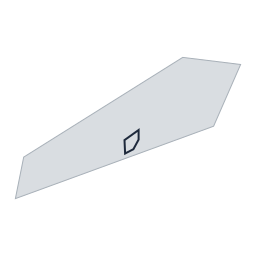 where George Hill sits in Anguilla
{"feature_id": "AIA-5116", "entity_name": "George Hill", "entity_type": "District", "adm_level": 1, "iso_a3": "AIA", "parent_name": "Anguilla", "parent_adm1": "", "projection": "robinson", "projection_center": [-63.068, 18.211], "detail": "fine", "context": "in_parent", "style": "outline", "palette": "slate", "viewbox_px": 256, "rotation_deg": 0, "n_neighbors": 0, "source": "natural_earth", "source_scale": "10m", "svg_char_len": 329}
<svg xmlns="http://www.w3.org/2000/svg" viewBox="0 0 256 256"><path d="M213.6,126.2L15.4,198.6L23.7,157.1L182.7,57.4L240.6,64.5L213.6,126.2Z" fill="#d9dde1" stroke="#a8b0b8" stroke-width="1"/><path d="M124.5,140.1L138.6,130.0L138.6,139.6L133.4,149.2L125.1,153.5L124.5,140.1Z" fill="none" stroke="#1e293b" stroke-width="2"/></svg>